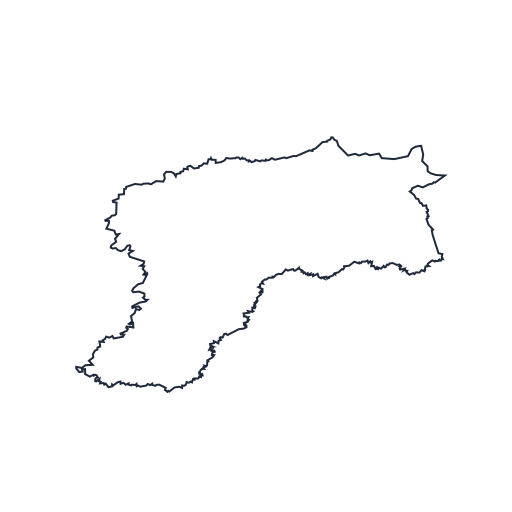 outline of Thung Yai, Nakhon Si Thammarat, Thailand, rotated 254°
{"feature_id": "78962969B32450695169109", "entity_name": "Thung Yai", "entity_type": "district", "adm_level": 2, "iso_a3": "THA", "parent_name": "Thailand", "parent_adm1": "Nakhon Si Thammarat", "projection": "equal_earth", "projection_center": [99.344, 8.291], "detail": "fine", "context": "isolated", "style": "outline", "palette": "slate", "viewbox_px": 512, "rotation_deg": 254, "n_neighbors": 0, "source": "geoboundaries", "source_scale": "gbopen_adm2", "svg_char_len": 6114}
<svg xmlns="http://www.w3.org/2000/svg" viewBox="0 0 512 512"><g transform="rotate(254 256 256)"><path d="M316.4,445.1L317.1,439.6L316.0,435.2L310.1,429.6L311.0,415.7L315.4,403.9L320.5,402.5L321.5,393.0L324.4,389.7L324.2,382.8L326.9,379.5L327.2,372.2L339.2,365.6L344.3,365.4L346.2,363.3L348.8,362.5L349.3,361.1L347.6,359.7L347.1,356.2L346.4,356.0L347.1,351.3L343.1,343.3L342.6,339.6L341.4,339.3L342.8,336.5L340.9,322.0L341.8,319.8L341.7,312.1L342.9,310.6L343.3,300.8L345.7,298.2L344.6,294.9L345.0,292.3L345.9,292.0L345.0,291.0L346.4,287.6L345.8,286.2L348.5,281.9L347.5,280.9L347.4,277.6L349.0,276.7L348.9,275.2L349.9,275.6L350.6,273.3L352.7,272.2L353.1,270.2L354.2,270.1L353.4,267.6L355.3,266.6L356.2,264.2L355.7,263.3L356.8,257.9L358.4,254.5L356.6,252.1L355.9,248.6L356.5,242.9L359.5,243.7L360.8,239.9L362.4,239.7L361.5,239.1L362.1,237.1L358.2,234.6L359.4,231.3L357.9,228.6L358.1,225.9L356.6,225.3L357.2,220.5L360.8,217.7L360.9,215.8L360.4,214.4L358.1,214.3L359.8,210.7L357.5,209.3L357.7,206.5L356.3,206.1L356.8,202.1L354.6,200.8L358.0,199.9L360.3,197.6L361.6,192.9L359.8,190.1L355.6,189.7L353.1,187.4L355.5,180.6L353.9,174.9L355.5,172.3L356.5,167.5L356.1,165.5L358.6,159.6L358.2,150.3L356.6,149.6L356.7,147.8L351.8,146.1L352.8,141.0L349.1,139.8L348.6,133.6L347.3,133.5L345.7,136.7L335.0,133.2L334.1,131.6L334.5,128.4L333.2,126.6L332.0,121.0L331.2,121.1L330.3,124.3L327.9,123.6L323.5,119.7L319.4,126.8L315.3,127.1L314.9,130.4L311.4,125.2L308.2,125.5L305.9,119.6L304.1,118.7L302.7,120.3L302.3,123.4L299.5,125.1L297.8,127.9L298.6,131.7L301.3,135.1L301.2,137.5L299.7,137.9L296.6,135.7L294.8,139.0L293.5,134.1L290.0,134.5L281.6,147.0L279.5,145.9L278.4,142.3L277.0,145.7L274.9,143.5L271.2,145.3L269.1,142.7L268.5,144.0L269.4,146.6L268.6,146.5L261.3,139.8L261.3,134.9L258.9,129.5L256.8,127.4L255.0,128.0L254.0,133.8L250.7,138.3L247.9,137.7L247.1,135.9L244.4,137.7L243.8,139.6L242.7,137.5L243.3,131.1L241.7,123.1L240.2,122.9L240.0,129.2L237.1,130.9L236.3,128.9L238.0,126.0L234.6,123.6L232.7,119.3L227.2,118.9L225.8,115.1L224.9,116.1L225.4,119.3L221.1,118.4L223.9,112.2L222.7,111.5L221.1,112.7L219.7,111.2L218.8,104.4L217.8,104.5L216.7,107.6L215.0,105.7L216.0,96.5L218.6,96.0L218.0,92.3L219.8,89.8L217.9,88.0L217.2,85.4L215.4,85.9L217.0,81.9L211.9,81.3L211.7,78.4L209.8,77.8L209.4,75.1L206.7,72.3L203.3,71.6L201.4,66.5L196.4,69.1L198.0,62.0L196.4,57.7L199.0,52.7L197.6,52.2L193.2,54.0L192.7,57.5L195.0,57.5L194.4,60.5L189.6,59.2L185.9,63.0L186.6,67.0L185.7,67.2L186.2,68.6L185.4,69.8L183.0,70.5L182.6,68.0L180.1,66.9L179.5,67.8L181.0,71.6L179.0,70.5L178.0,72.0L176.5,70.9L175.9,74.5L174.2,74.7L174.8,76.3L170.6,78.0L170.3,81.8L172.2,82.3L171.0,83.2L172.8,88.2L172.7,91.1L170.5,90.6L170.6,93.7L168.2,95.2L168.7,98.4L167.5,98.0L166.0,100.4L166.5,101.3L165.3,104.3L166.0,105.9L163.7,105.5L163.9,107.1L162.3,108.7L161.7,114.7L162.8,116.7L161.1,118.7L161.8,120.9L160.8,120.5L159.0,123.4L159.6,124.8L159.0,127.5L154.1,132.9L152.4,131.6L149.9,133.3L150.6,134.4L149.6,135.2L152.1,141.6L151.5,146.1L149.6,148.6L151.9,149.4L151.0,151.1L151.7,153.2L153.9,154.5L152.7,156.5L153.3,158.8L152.2,159.6L155.0,161.5L154.1,162.7L155.3,163.0L154.2,166.3L155.3,168.5L156.6,167.9L154.8,169.8L156.2,170.4L155.9,171.7L157.2,171.7L156.8,170.0L157.6,170.7L158.8,170.1L158.6,169.1L159.8,169.2L162.3,172.6L161.7,174.9L163.0,174.2L163.8,175.0L163.5,176.5L164.8,176.2L163.9,177.8L164.3,178.8L167.6,179.9L167.8,181.1L169.1,180.6L170.6,186.3L172.3,188.4L173.0,186.3L175.4,187.7L175.3,189.9L176.4,189.8L177.1,187.2L178.6,188.5L178.7,185.2L181.5,187.7L180.8,187.8L180.6,189.9L182.7,187.4L184.1,187.6L183.8,191.5L185.8,192.0L182.4,195.7L184.9,196.7L184.9,199.1L187.1,198.4L187.8,199.5L186.8,201.4L189.7,203.9L189.6,205.7L187.9,206.8L190.4,219.3L189.6,224.1L190.1,227.2L191.7,227.6L192.0,226.3L193.1,226.8L193.1,225.6L195.0,225.8L195.0,229.8L196.3,231.3L196.5,230.2L199.3,232.0L199.5,230.1L200.8,229.7L201.1,227.8L204.2,228.2L203.4,233.6L205.2,233.1L203.3,237.1L203.6,238.2L204.5,237.4L207.4,238.2L206.1,240.4L207.1,241.2L207.5,239.9L209.1,240.9L209.9,240.1L209.3,241.7L211.3,241.7L210.9,243.3L211.8,244.5L212.5,243.7L213.1,245.2L215.5,245.2L217.7,250.2L219.5,249.5L219.3,252.2L220.3,252.6L220.8,250.6L222.4,253.1L225.5,249.7L225.9,251.7L227.6,252.0L228.3,253.6L227.5,255.2L229.6,254.7L231.0,257.9L230.5,259.5L231.6,262.2L230.6,266.1L231.6,266.3L230.9,267.9L232.4,269.9L232.6,272.7L231.5,275.7L234.9,281.0L233.2,282.5L233.2,288.1L231.4,288.7L231.1,289.8L232.8,293.9L232.0,293.5L229.2,296.6L228.3,295.5L227.4,297.2L226.4,297.0L226.8,298.3L224.8,299.0L225.2,300.9L223.6,300.5L224.0,303.3L222.8,302.4L222.6,305.8L221.0,305.3L221.9,310.3L218.6,310.4L216.6,312.5L217.3,313.4L215.4,315.5L216.9,315.2L216.6,318.2L214.6,318.3L215.0,319.9L214.0,320.1L215.8,320.5L216.0,324.6L217.6,326.4L216.5,327.2L217.6,327.6L217.6,330.7L219.7,335.0L219.0,336.0L220.5,337.8L221.8,337.8L221.0,342.9L223.4,348.9L220.5,352.9L221.4,353.6L220.2,354.9L221.4,356.4L220.5,359.5L220.9,361.9L218.2,362.1L219.4,364.3L218.2,364.5L218.4,366.0L214.4,363.9L214.0,366.6L210.8,367.3L212.0,369.2L210.8,369.9L210.2,368.7L209.7,369.7L211.0,370.6L209.4,372.7L211.3,376.0L209.7,376.4L209.6,377.5L211.6,379.6L210.9,380.9L212.0,382.3L211.5,385.5L208.7,388.8L208.2,391.6L206.8,392.5L206.4,391.3L205.8,392.3L204.5,390.6L203.2,390.8L202.9,395.5L201.5,394.1L201.9,395.7L200.0,396.1L199.9,397.2L198.6,396.3L195.7,398.3L196.2,402.4L194.9,403.3L196.2,405.3L195.0,408.5L196.8,411.2L194.8,413.7L195.5,414.3L195.8,413.2L196.2,414.5L199.2,416.0L198.6,419.5L200.2,418.3L201.3,419.2L203.2,424.2L201.4,426.4L201.9,426.9L201.0,429.2L201.9,431.0L201.0,431.0L200.6,432.6L202.1,433.6L201.5,434.8L204.1,434.4L206.5,435.7L208.3,432.2L227.6,431.6L232.3,432.1L232.5,433.5L238.7,430.4L244.7,430.1L245.3,431.7L246.7,431.6L246.7,432.9L251.4,432.1L251.5,433.5L252.9,434.2L254.5,433.2L257.7,433.6L258.1,430.4L261.2,429.7L261.5,428.4L266.1,427.6L267.1,425.7L271.1,424.8L275.6,421.6L276.3,423.6L278.1,424.9L278.9,431.0L276.0,435.3L277.3,442.2L276.9,445.3L277.9,447.3L277.2,448.3L281.3,459.8L284.2,451.4L287.3,446.7L290.1,444.4L294.9,445.6L301.4,441.9L307.5,444.7L316.4,445.1Z" fill="none" stroke="#1e293b" stroke-width="2"/></g></svg>